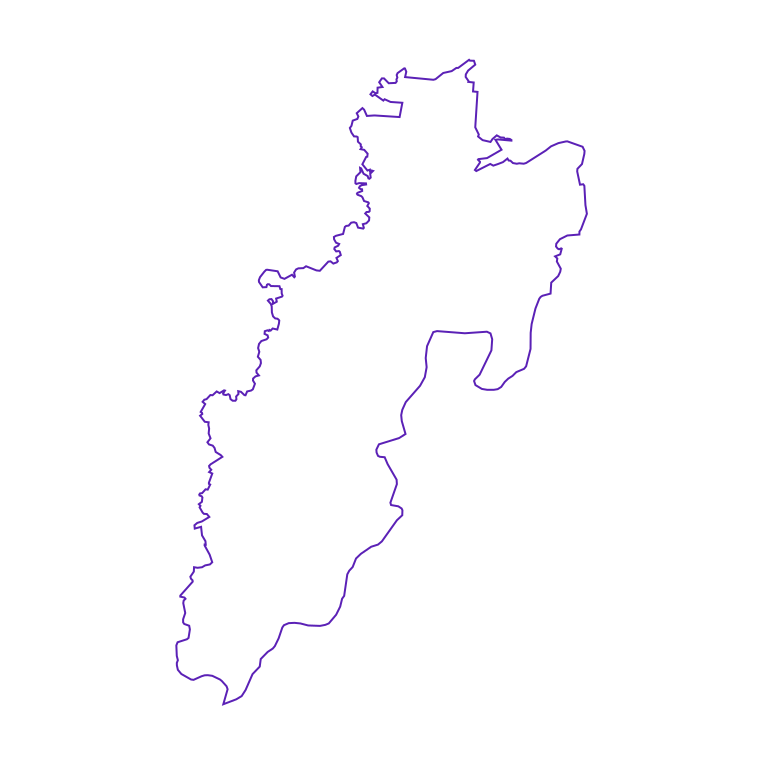 Yen Dinh, Thanh Hóa, Vietnam, rotated 93°
{"feature_id": "81297802B9474885125507", "entity_name": "Yen Dinh", "entity_type": "district", "adm_level": 2, "iso_a3": "VNM", "parent_name": "Vietnam", "parent_adm1": "Thanh Hóa", "projection": "robinson", "projection_center": [105.598, 20.008], "detail": "fine", "context": "isolated", "style": "outline", "palette": "violet", "viewbox_px": 768, "rotation_deg": 93, "n_neighbors": 0, "source": "geoboundaries", "source_scale": "gbopen_adm2", "svg_char_len": 6124}
<svg xmlns="http://www.w3.org/2000/svg" viewBox="0 0 768 768"><g transform="rotate(93 384 384)"><path d="M136.7,198.1L132.1,213.6L132.3,215.2L134.3,222.4L137.9,229.6L142.4,234.7L155.9,253.7L156.7,256.0L156.5,260.5L157.1,262.9L156.6,266.8L154.4,269.4L154.3,271.2L152.4,272.5L156.2,276.8L158.5,282.0L160.2,286.3L158.7,289.4L166.5,303.0L165.5,304.4L157.9,299.8L157.0,299.8L155.1,301.9L154.5,301.5L153.0,292.9L143.9,278.9L134.3,285.5L133.8,282.9L134.3,269.5L133.7,269.5L132.7,271.2L132.5,274.0L133.2,275.8L131.7,277.1L131.7,280.5L129.8,284.4L133.7,288.5L136.7,290.3L135.3,298.3L131.9,303.0L129.9,302.4L122.9,306.3L87.4,305.9L87.2,310.4L78.2,310.2L77.9,315.6L77.1,315.4L73.1,318.5L70.5,318.5L66.6,316.4L60.3,309.6L56.5,311.1L56.6,315.1L55.8,316.0L64.5,326.5L64.6,328.3L68.0,332.8L70.3,341.1L76.9,348.5L77.6,350.6L76.4,379.0L71.0,378.1L67.8,379.6L67.7,380.3L72.8,386.7L74.8,387.5L77.3,386.7L79.1,387.5L81.1,387.1L82.7,388.2L83.4,395.0L78.8,400.0L78.9,402.1L82.9,404.6L87.5,401.1L88.4,405.9L93.6,405.8L94.1,407.7L92.4,410.6L95.4,412.7L97.0,410.7L95.5,408.2L101.0,399.5L99.6,398.3L102.0,392.2L102.2,380.4L116.6,382.4L116.3,407.6L117.2,415.1L111.1,418.2L109.6,420.0L115.0,425.4L118.2,423.6L120.7,424.5L122.6,429.0L127.9,430.0L130.1,431.5L134.6,429.7L138.3,426.9L138.3,424.2L138.9,423.2L143.4,422.7L145.9,419.7L147.7,419.7L148.7,418.6L150.7,419.7L151.2,416.0L154.9,412.4L157.9,412.6L158.2,413.7L165.7,417.1L171.7,411.7L170.7,409.3L172.3,409.1L171.4,407.6L171.8,406.1L174.7,408.8L178.6,408.1L179.8,409.3L179.5,410.3L177.2,411.2L175.1,415.4L169.9,418.1L169.4,419.2L173.7,418.6L178.1,422.6L182.6,423.2L185.1,423.0L185.7,422.1L184.7,419.4L184.6,412.5L185.7,412.3L186.6,416.7L187.8,418.5L189.4,419.2L190.5,417.8L190.7,416.1L192.4,415.9L194.5,420.5L195.5,421.0L196.4,420.3L197.6,416.5L198.7,415.3L202.3,413.5L203.4,409.2L204.2,408.6L207.1,410.0L209.6,407.4L212.2,407.4L212.9,408.1L213.2,410.5L214.7,411.7L218.4,407.4L221.5,407.5L224.4,410.0L225.5,413.5L229.1,412.3L229.9,412.9L229.2,418.1L224.7,420.1L224.0,422.4L224.6,425.2L227.7,427.6L228.1,430.0L229.2,431.3L236.3,432.7L238.5,439.7L239.8,441.7L242.1,441.4L245.4,439.3L246.5,436.1L248.3,437.0L250.2,440.4L251.8,440.7L254.1,438.7L253.6,436.0L254.2,435.1L257.5,433.9L260.6,438.1L263.7,436.5L265.0,437.5L266.4,440.9L264.3,443.8L264.7,446.0L274.3,454.0L274.1,457.4L270.5,468.0L272.5,470.6L273.0,475.6L274.2,477.8L277.4,479.6L281.4,478.6L282.1,479.2L279.7,481.6L284.2,488.9L283.0,492.8L277.0,496.1L276.0,506.6L276.2,507.7L278.1,509.4L283.8,513.4L286.9,514.4L288.6,514.2L293.8,510.2L293.4,506.5L291.1,506.1L290.4,505.2L290.5,503.8L292.1,502.0L291.8,493.5L294.6,492.5L294.6,491.2L298.9,490.9L301.2,489.9L302.1,490.5L304.3,496.2L307.4,495.4L309.8,499.2L307.1,499.2L305.1,500.8L305.4,502.9L306.8,504.3L310.0,501.2L312.4,500.2L318.4,499.7L322.3,498.3L324.2,496.1L324.4,493.8L325.3,492.6L326.1,491.9L329.3,492.1L335.2,493.4L334.4,498.1L336.6,500.0L336.0,501.3L337.1,501.8L336.5,503.2L337.5,505.8L340.2,505.9L341.5,502.8L343.7,502.1L345.5,503.6L347.5,508.7L350.5,510.9L354.7,511.6L358.4,510.2L363.4,511.4L366.4,508.5L369.6,508.0L372.9,509.0L377.0,512.2L379.3,511.9L382.0,509.4L383.1,512.7L385.4,515.0L387.4,515.0L390.5,512.9L396.2,514.7L397.5,516.4L398.6,520.3L402.5,521.7L402.4,522.8L399.3,526.4L398.8,529.2L401.6,528.8L404.2,531.0L407.0,530.6L408.5,531.5L408.6,534.3L407.1,536.5L403.3,537.5L402.3,538.9L403.3,541.2L402.9,543.8L401.9,544.2L398.9,542.5L398.7,543.4L401.7,547.7L400.2,550.7L404.2,554.6L404.1,556.8L408.4,560.4L409.1,562.6L411.3,564.2L413.4,561.5L421.5,565.6L422.4,564.2L423.5,563.9L425.3,566.0L431.1,561.0L431.4,557.1L434.0,557.3L437.7,556.3L442.6,556.5L447.3,554.4L451.4,557.3L453.5,555.6L454.5,551.8L456.7,549.9L460.7,548.5L463.6,543.2L465.2,541.6L473.3,553.0L475.0,554.4L476.8,553.9L478.7,552.0L481.1,554.0L482.4,550.8L491.8,553.7L492.9,553.6L493.5,552.3L498.7,554.5L498.5,556.7L502.5,559.9L502.9,562.0L504.1,562.7L505.0,562.4L505.6,560.3L506.8,559.4L511.2,559.7L513.7,562.6L515.3,560.9L516.8,561.7L521.9,558.4L523.1,557.0L523.1,554.1L525.9,551.5L530.8,558.7L532.5,563.2L535.0,565.9L538.3,565.4L536.2,559.2L544.7,557.8L550.3,554.1L553.8,553.6L553.7,554.7L554.6,554.7L563.5,549.2L571.0,546.2L573.3,548.4L574.5,553.1L576.5,556.1L577.3,560.6L576.9,564.1L581.3,564.1L586.6,567.3L588.5,566.6L590.1,564.9L591.4,564.7L605.9,576.3L607.0,576.3L607.7,572.1L608.9,571.0L610.7,572.7L613.3,573.0L623.1,570.5L629.5,572.3L632.6,572.1L634.1,570.9L635.6,565.9L639.2,565.0L647.8,565.9L649.2,567.4L652.7,576.6L655.9,577.7L666.4,576.7L670.6,575.4L673.4,576.3L675.9,576.1L680.2,574.9L684.2,571.2L689.2,561.2L689.4,558.7L685.4,550.9L684.3,547.9L684.0,544.8L684.4,540.2L687.7,532.3L689.1,530.4L694.1,525.4L697.0,524.2L712.2,527.7L706.6,515.0L703.1,509.8L696.8,506.2L680.6,500.1L672.7,493.3L665.1,492.7L657.7,486.2L654.0,481.2L651.5,479.3L643.5,475.9L632.5,472.8L630.1,471.3L627.8,466.6L627.2,460.8L627.5,454.9L629.1,447.1L628.9,435.2L627.6,430.0L626.0,426.6L616.9,419.7L608.6,416.1L600.6,414.6L597.7,412.7L576.0,410.7L572.2,408.9L568.4,405.7L559.7,402.8L554.8,398.2L547.2,388.3L544.7,381.6L541.3,377.9L519.4,364.0L514.1,358.9L509.1,359.0L507.4,359.9L505.4,363.3L504.5,370.6L502.2,371.4L483.3,365.9L478.9,366.4L463.8,376.2L457.1,379.5L456.9,384.3L456.1,386.2L452.9,387.8L450.0,388.2L444.5,385.9L437.2,366.1L432.8,359.9L420.1,364.3L414.2,365.2L408.9,364.4L400.9,361.3L383.9,347.9L375.1,343.6L365.0,342.3L355.9,343.7L344.0,343.0L329.6,337.5L328.4,333.8L329.1,305.9L326.4,284.0L327.9,280.3L333.6,278.3L344.8,278.5L369.7,289.0L374.6,293.5L376.3,294.2L380.3,292.6L383.8,286.0L384.4,280.6L384.0,273.8L383.2,270.2L380.8,266.8L375.6,263.5L372.1,260.2L369.2,256.1L365.2,252.5L361.5,244.9L358.9,243.0L341.3,239.5L325.2,240.2L316.4,239.7L300.7,236.7L290.7,233.4L288.8,232.1L287.6,230.4L285.0,222.4L274.0,222.3L267.1,215.7L262.7,213.9L259.6,213.5L252.6,217.8L249.6,217.5L247.6,219.8L245.3,214.8L239.6,213.6L239.3,214.2L240.3,216.2L239.7,217.6L237.7,219.4L234.9,219.3L230.2,215.9L226.1,208.7L224.5,196.7L221.5,196.8L219.3,195.4L203.4,190.3L194.8,192.2L175.6,194.3L174.1,195.5L174.7,198.7L161.6,202.2L159.0,202.1L154.0,197.8L143.8,196.0L140.7,195.9L136.7,198.1Z" fill="none" stroke="#5b21b6" stroke-width="2"/></g></svg>